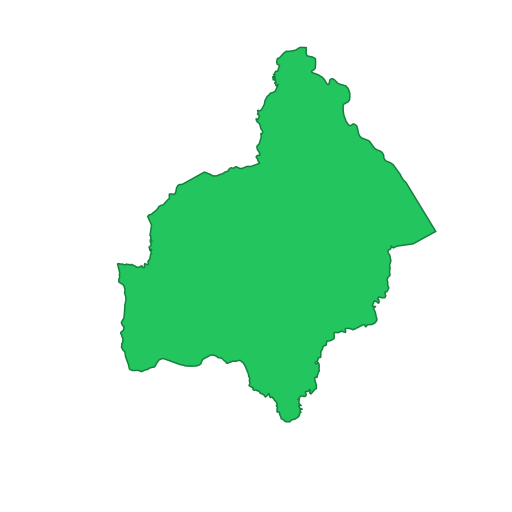 Urdaneta, Los Rios, Ecuador, rotated 149°
{"feature_id": "8360857B13036239300316", "entity_name": "Urdaneta", "entity_type": "district", "adm_level": 2, "iso_a3": "ECU", "parent_name": "Ecuador", "parent_adm1": "Los Rios", "projection": "natural_earth1", "projection_center": [-79.377, -1.567], "detail": "fine", "context": "isolated", "style": "filled", "palette": "green", "viewbox_px": 512, "rotation_deg": 149, "n_neighbors": 0, "source": "geoboundaries", "source_scale": "gbopen_adm2", "svg_char_len": 6134}
<svg xmlns="http://www.w3.org/2000/svg" viewBox="0 0 512 512"><g transform="rotate(149 256 256)"><path d="M282.3,355.4L285.0,356.7L286.8,356.6L289.3,355.1L291.7,352.2L294.2,350.8L296.9,353.1L298.4,353.6L299.3,352.5L299.8,351.1L301.1,349.8L302.8,349.6L308.7,347.8L309.7,347.7L311.6,348.4L314.2,348.3L315.2,347.4L318.8,346.4L322.1,346.1L322.8,345.7L324.8,345.7L326.3,346.3L327.2,346.2L328.5,345.6L329.6,336.3L336.3,328.2L335.7,327.3L336.9,326.1L336.9,324.5L338.5,324.2L338.6,323.8L337.7,322.4L339.3,322.6L339.4,320.8L340.7,319.1L343.1,318.7L343.4,317.1L344.0,315.9L342.5,315.8L342.2,315.2L343.4,314.8L343.2,314.3L343.9,313.8L344.2,312.1L345.4,311.8L348.7,308.0L351.3,307.1L351.8,306.3L352.0,304.9L352.4,304.5L353.5,304.5L355.2,306.7L355.7,306.5L357.3,304.0L358.2,303.9L358.9,304.9L359.0,306.5L361.9,306.6L364.0,307.7L364.8,309.6L367.1,313.0L368.5,313.0L369.4,314.3L370.4,314.8L371.0,315.7L373.1,315.9L374.6,317.9L376.4,318.9L377.4,320.1L378.4,320.5L378.9,320.3L380.3,315.3L381.8,311.2L383.0,310.0L383.6,308.2L385.4,306.8L387.0,304.4L384.8,300.1L384.5,298.1L385.3,296.1L385.4,294.8L387.7,292.1L388.5,288.5L390.0,285.4L393.9,281.3L394.5,280.1L401.0,271.0L405.4,268.6L405.9,267.8L406.2,264.9L405.6,263.5L407.8,260.7L411.2,260.2L411.9,259.0L411.9,257.5L413.1,252.5L413.9,252.2L414.5,250.6L416.0,250.2L418.3,247.0L418.5,244.0L417.8,241.3L419.7,236.9L421.2,228.8L422.7,224.4L422.3,223.3L420.7,221.3L416.2,218.8L415.3,218.1L414.2,216.3L413.3,215.7L409.8,215.5L407.6,214.6L405.1,214.7L402.7,214.2L400.6,213.3L399.3,213.4L396.0,215.5L392.3,216.9L388.9,216.2L387.5,215.0L376.8,201.8L374.5,199.9L373.1,198.1L369.9,196.0L364.2,192.6L360.8,191.8L358.9,192.0L355.9,194.3L354.7,194.8L345.8,194.4L342.9,192.4L341.6,190.5L340.8,188.4L338.7,186.8L337.7,185.3L337.4,183.5L336.7,181.8L336.3,179.1L335.9,178.8L329.7,177.7L327.8,176.2L324.9,175.5L323.1,174.4L322.8,172.8L322.1,171.7L321.9,168.0L323.3,158.6L324.2,156.7L324.4,154.3L325.9,152.6L326.9,149.8L328.5,148.8L328.6,148.0L326.3,144.5L327.3,143.4L326.9,142.1L326.4,141.6L325.1,141.4L324.3,139.6L323.0,138.8L323.1,136.4L320.8,133.0L320.6,130.4L317.9,130.6L316.2,131.6L315.7,131.2L315.9,130.2L316.5,129.0L316.7,127.7L316.3,127.1L315.1,127.0L314.7,126.5L314.8,125.7L314.3,124.7L314.5,123.0L314.0,121.3L313.9,120.0L314.4,117.4L315.5,117.3L315.7,115.1L316.5,114.4L317.5,112.5L318.2,112.0L318.0,111.2L316.6,110.3L316.5,109.9L317.2,108.3L317.8,104.5L318.2,103.5L317.2,102.4L316.4,99.7L315.5,98.3L312.4,96.5L309.9,97.2L306.6,96.1L302.4,96.3L300.9,97.0L299.6,98.7L297.9,99.1L298.0,100.7L297.7,101.2L297.1,101.4L295.5,101.0L295.5,101.5L296.8,102.5L296.5,105.6L295.7,105.8L294.8,104.8L294.5,104.7L295.0,107.5L294.5,108.6L292.9,110.6L293.6,111.6L291.4,112.1L290.3,113.0L289.3,112.8L287.2,110.8L285.9,110.3L284.3,111.2L283.9,113.6L283.5,114.1L282.8,114.1L281.1,113.1L278.8,113.9L278.5,113.5L278.8,112.7L280.5,110.8L280.3,109.9L279.8,109.5L274.4,111.3L272.4,111.4L270.6,114.5L270.0,117.6L268.9,120.6L267.5,121.6L266.3,120.5L262.8,124.0L261.0,124.8L260.0,127.0L258.2,129.5L257.7,131.0L257.6,132.6L257.9,132.9L259.0,132.3L259.9,132.6L260.3,133.1L260.0,134.1L259.0,134.4L257.4,134.3L254.8,136.7L253.2,135.9L252.6,136.0L249.5,140.8L247.7,141.5L244.7,144.0L241.7,143.5L239.3,146.4L235.4,145.0L231.8,145.0L230.9,145.8L229.0,149.5L228.4,149.9L227.0,149.4L225.1,147.9L221.6,147.6L218.8,144.5L217.9,145.1L217.4,147.3L216.3,147.6L213.9,146.3L211.8,144.4L211.2,143.1L209.9,142.6L199.1,141.8L198.4,141.0L198.6,139.2L198.0,138.7L196.0,139.7L192.3,137.7L189.0,137.3L186.7,138.0L185.5,138.8L184.7,139.9L184.4,141.6L182.7,146.3L182.4,150.1L182.0,150.6L179.8,151.1L180.1,151.7L181.8,152.7L181.9,153.2L181.5,153.8L177.7,156.5L175.9,154.5L175.6,152.8L174.9,152.5L174.0,153.4L173.2,155.5L173.8,156.5L173.7,157.0L171.6,157.6L169.4,155.1L166.9,153.9L165.3,155.0L164.3,158.5L163.7,158.6L162.1,158.0L158.6,160.3L158.0,163.5L156.6,165.6L155.9,168.2L154.1,169.6L151.1,170.5L150.4,171.7L149.8,173.6L147.1,176.8L146.7,178.4L145.7,179.9L143.7,181.5L142.7,182.8L140.9,187.9L141.1,190.3L140.7,191.6L139.8,192.9L137.4,192.6L136.0,193.4L135.1,194.6L134.1,192.2L130.2,191.9L115.1,185.5L89.3,184.5L89.6,241.5L90.6,245.5L90.6,250.2L90.3,251.0L91.4,263.7L92.8,266.8L95.3,270.0L95.9,271.4L96.0,273.8L94.6,277.1L94.5,279.7L95.6,282.2L97.5,284.4L99.0,287.6L99.6,295.8L100.5,297.5L104.5,302.6L105.3,304.7L105.1,307.8L102.7,315.1L102.9,316.4L103.8,318.4L104.7,319.2L107.4,319.0L108.5,319.4L109.2,320.9L109.4,325.0L108.1,331.8L106.4,335.6L103.7,340.4L102.4,340.9L97.8,340.7L95.5,341.6L93.4,344.3L91.8,347.2L91.0,350.4L90.8,352.4L91.4,355.5L96.3,360.9L96.9,362.1L98.0,366.5L98.5,367.8L99.5,368.8L100.7,369.1L102.0,368.9L104.9,365.8L105.6,365.7L106.2,366.3L106.6,367.5L106.5,371.8L107.0,374.7L109.3,379.3L113.5,384.4L113.4,385.2L113.0,385.8L109.5,386.0L108.4,386.7L106.5,389.2L103.6,394.0L103.7,395.1L105.4,397.9L108.2,400.2L109.0,401.5L108.8,403.6L105.6,408.8L110.2,411.8L111.5,412.2L116.0,412.0L121.6,414.1L124.7,415.9L127.7,415.6L133.7,413.8L135.9,414.2L138.0,412.2L138.7,410.8L139.0,409.5L137.8,407.1L138.1,406.5L139.6,405.7L142.3,403.2L143.8,404.2L145.4,403.4L146.6,402.1L147.3,402.5L147.3,401.2L148.2,401.0L147.3,399.9L148.0,399.1L148.4,397.8L148.8,398.0L149.0,400.6L149.3,400.9L149.6,400.7L149.9,399.2L150.5,398.3L149.1,396.8L149.2,394.8L149.7,394.5L150.3,394.9L150.9,394.6L150.6,393.3L151.2,391.9L150.8,391.3L149.1,391.3L150.2,390.4L154.8,387.3L158.0,387.5L159.5,388.2L162.1,387.3L164.1,387.1L168.0,384.8L170.9,381.6L175.9,378.6L177.9,378.4L179.1,379.7L179.7,379.8L180.3,377.8L181.6,376.9L180.9,374.8L181.2,373.9L183.9,372.2L184.4,372.4L185.1,373.4L185.3,373.4L185.7,372.5L185.9,370.5L185.2,368.8L184.9,367.1L186.3,362.5L186.0,360.2L186.5,358.7L187.7,357.9L188.8,358.3L190.9,354.3L191.9,353.8L195.4,350.5L198.1,349.9L199.0,349.2L200.0,346.5L199.8,343.1L200.4,341.0L201.0,340.4L202.4,341.3L203.7,341.4L204.5,341.1L205.0,340.4L204.7,338.5L205.4,336.0L205.0,334.5L205.3,333.7L214.2,335.3L217.5,337.4L223.1,338.3L224.9,339.5L226.9,342.7L228.4,343.0L230.1,342.8L232.1,344.6L234.8,344.2L236.4,343.2L239.0,343.9L242.8,343.8L245.1,344.5L248.6,345.0L251.6,346.8L253.2,349.6L257.0,354.5L282.3,355.4Z" fill="#22c55e" stroke="#15803d" stroke-width="1.5"/></g></svg>